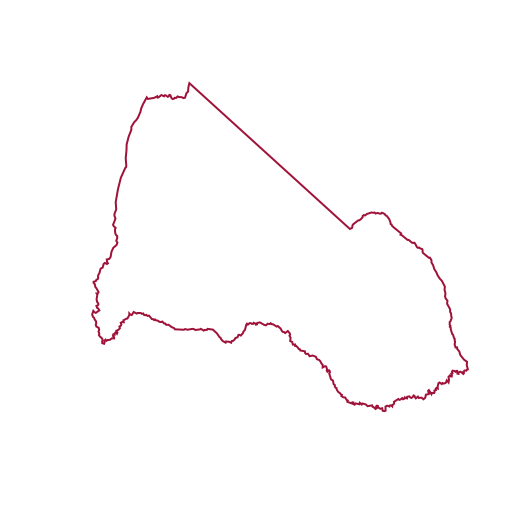 Dom Eliseu, Pará, Brazil, rotated 164°
{"feature_id": "56859067B48921877214716", "entity_name": "Dom Eliseu", "entity_type": "district", "adm_level": 2, "iso_a3": "BRA", "parent_name": "Brazil", "parent_adm1": "Pará", "projection": "equal_earth", "projection_center": [-47.874, -4.201], "detail": "fine", "context": "isolated", "style": "outline", "palette": "rose", "viewbox_px": 512, "rotation_deg": 164, "n_neighbors": 0, "source": "geoboundaries", "source_scale": "gbopen_adm2", "svg_char_len": 5959}
<svg xmlns="http://www.w3.org/2000/svg" viewBox="0 0 512 512"><g transform="rotate(164 256 256)"><path d="M201.0,86.9L197.5,85.0L196.7,86.3L195.3,84.1L194.4,84.9L191.4,83.1L190.1,80.9L185.6,80.4L185.5,78.9L184.6,78.3L183.3,76.0L182.0,76.4L182.1,78.1L181.2,78.8L180.2,78.3L180.3,76.9L178.7,74.9L176.7,74.9L176.9,72.3L175.3,71.5L174.1,71.6L173.0,75.6L171.0,75.9L169.2,74.5L168.3,75.4L167.2,75.2L166.5,73.9L165.9,75.2L164.5,75.6L163.7,76.5L163.6,77.8L158.6,79.3L157.9,78.2L156.8,78.2L154.6,79.1L154.2,77.8L153.2,77.8L151.9,79.1L151.2,78.0L150.1,77.5L149.5,79.0L147.3,78.8L146.7,77.5L145.8,76.7L144.3,77.2L143.0,78.5L142.2,77.7L142.1,76.3L141.6,75.1L139.1,76.2L138.7,74.7L135.9,74.2L134.5,72.1L132.4,73.1L130.9,75.9L128.2,75.6L127.3,76.1L127.8,77.5L127.7,78.9L126.8,79.4L125.4,74.8L124.6,75.9L122.5,75.2L121.8,76.1L121.6,77.5L120.0,77.5L119.8,79.0L118.9,79.4L117.8,78.4L117.4,80.4L115.6,83.5L114.4,83.8L112.7,81.7L111.7,82.5L110.7,81.6L109.5,81.6L108.4,81.9L106.9,83.9L105.8,81.4L104.6,83.8L104.3,86.7L102.6,87.7L102.1,86.6L101.1,86.2L100.5,87.5L100.7,89.1L99.4,89.3L99.5,90.8L98.6,91.6L97.2,90.9L96.1,89.7L95.2,90.4L94.3,90.1L94.8,87.4L93.9,86.9L93.7,88.2L91.6,88.5L90.7,87.7L89.2,85.5L88.3,86.2L88.5,87.6L86.9,88.4L85.5,87.8L84.7,88.6L83.6,88.6L83.5,93.0L82.3,96.1L84.6,99.0L86.9,104.4L86.9,108.1L88.2,111.3L87.9,112.7L89.4,113.1L89.4,116.3L88.3,118.6L88.3,120.2L87.8,121.5L88.3,122.7L88.3,126.0L88.9,127.0L89.0,131.7L88.6,133.4L89.2,134.5L88.3,135.2L88.8,136.5L88.0,139.1L87.1,139.6L84.9,142.6L84.9,144.4L84.3,147.1L84.8,148.6L84.1,151.5L85.5,157.4L84.3,160.2L85.4,163.0L85.4,165.3L84.6,166.7L84.1,168.5L84.1,171.5L82.9,174.5L84.2,181.0L85.5,183.4L86.8,187.5L87.1,190.5L88.2,194.2L88.3,198.4L89.1,201.2L88.5,203.8L89.3,206.5L90.3,206.6L94.7,213.0L94.7,214.4L94.2,215.6L94.4,216.9L96.3,218.2L96.9,219.2L97.9,219.1L98.8,220.0L99.7,224.4L100.4,225.3L101.4,225.2L102.5,225.9L104.7,229.3L105.9,229.7L110.2,235.9L111.2,236.6L110.3,237.7L115.5,245.2L116.9,247.5L117.0,248.9L117.8,249.6L117.5,251.4L117.8,254.7L119.3,258.6L120.3,259.4L120.6,260.7L122.4,262.5L123.3,262.9L124.1,262.3L125.2,262.5L127.1,263.8L129.4,263.9L130.0,265.1L131.0,265.1L133.1,266.0L137.9,265.8L140.1,264.9L141.1,265.6L142.4,265.1L142.8,263.9L144.7,262.7L146.7,261.8L147.8,262.1L153.8,259.7L154.7,259.0L155.8,256.6L158.3,256.1L272.4,440.5L274.4,437.0L276.0,432.8L278.0,431.7L280.6,427.7L282.3,427.8L283.4,429.0L286.5,430.2L287.4,431.0L289.3,429.9L290.6,430.5L291.6,429.8L292.9,429.9L293.7,431.0L294.0,434.2L294.9,434.7L295.8,433.6L296.9,433.3L298.4,435.2L299.4,435.7L300.4,434.9L302.6,436.8L305.8,435.4L306.9,435.4L306.9,436.8L310.3,436.1L316.7,436.8L317.3,438.6L322.9,432.9L325.9,429.2L327.3,426.5L331.3,421.6L333.7,419.6L336.2,418.2L340.2,414.5L341.1,411.6L345.4,406.0L349.6,398.9L351.4,393.2L354.3,385.9L355.8,378.5L356.5,377.1L357.4,376.7L364.4,368.4L370.2,358.4L376.0,346.5L377.5,339.4L380.4,335.5L381.0,333.8L380.8,330.6L384.8,325.4L384.6,324.0L383.2,321.7L384.1,320.7L384.6,319.0L385.0,316.5L384.7,314.7L383.9,313.4L384.6,311.2L386.1,309.2L385.5,307.2L386.9,305.1L390.9,303.2L393.7,300.0L396.0,295.2L397.8,293.7L400.4,293.8L400.7,291.7L400.4,289.8L401.5,289.4L403.2,291.0L404.7,290.3L406.6,287.1L408.2,286.9L409.1,286.3L411.3,282.6L412.6,281.5L413.4,280.2L413.8,278.2L414.6,277.3L415.9,277.2L417.0,276.0L419.2,276.0L419.5,274.7L418.7,273.3L419.0,270.6L418.3,269.0L417.3,264.7L418.4,263.6L419.5,263.9L419.2,262.5L421.2,258.3L421.4,255.6L420.7,254.0L420.9,252.7L421.9,252.1L423.1,252.1L423.1,250.1L422.1,249.0L421.6,246.9L425.7,245.5L426.8,246.6L427.5,248.1L429.7,244.8L429.4,242.3L428.7,241.2L428.6,239.6L427.8,237.4L428.1,235.4L429.0,234.0L428.9,232.2L427.0,230.3L427.1,228.2L428.2,226.8L428.0,224.5L428.8,223.3L428.4,222.0L426.6,219.0L426.6,217.5L427.4,216.4L427.8,214.6L426.2,213.5L425.4,214.6L425.0,216.3L423.7,217.1L423.1,215.7L421.7,216.1L419.5,215.7L417.3,216.6L415.1,215.9L414.8,217.2L415.6,218.7L414.7,220.0L413.6,219.3L413.2,220.5L411.8,221.4L411.1,219.6L410.3,220.6L410.8,222.6L408.3,223.1L406.8,224.0L406.7,225.9L405.2,226.2L404.3,227.3L404.4,229.1L402.8,229.4L401.4,228.8L401.2,230.7L397.8,231.5L396.9,231.3L394.1,234.1L393.6,235.7L393.0,234.4L391.7,233.5L389.0,235.9L386.5,233.5L385.6,233.9L382.5,233.0L381.6,231.8L380.2,231.8L380.0,230.4L378.9,229.6L377.7,229.7L376.8,228.3L375.3,228.2L373.5,224.1L372.4,223.7L371.6,222.5L370.6,222.9L369.9,221.8L367.9,220.7L367.2,219.5L365.7,218.7L364.1,218.8L362.9,216.4L361.9,216.2L361.3,214.6L359.0,214.0L356.7,211.0L354.6,209.2L354.2,207.9L345.7,205.0L344.3,205.3L342.1,204.0L337.3,203.5L335.9,202.9L334.7,201.6L330.1,200.9L329.1,201.2L326.8,198.7L325.8,199.1L323.6,198.5L322.6,199.3L317.7,197.1L314.9,192.4L313.4,188.0L312.6,187.2L312.5,185.8L311.4,183.4L309.1,181.1L308.4,182.1L305.4,180.9L303.8,179.5L302.8,180.9L301.2,180.8L299.2,181.9L298.4,182.9L296.2,182.9L294.6,185.0L293.7,184.8L292.5,183.7L289.6,185.6L288.9,186.8L287.0,188.0L284.3,192.6L283.3,193.4L282.7,192.3L280.7,193.2L279.5,192.9L278.6,191.8L277.4,191.6L276.6,192.4L275.4,191.4L275.0,190.0L273.9,190.0L273.3,191.3L270.6,191.1L267.0,187.4L265.5,186.6L263.5,187.7L261.5,186.8L260.4,187.3L259.8,186.2L258.5,185.7L255.5,182.4L254.4,182.7L252.3,179.4L251.8,176.8L250.9,175.4L249.8,175.0L249.2,173.9L246.1,175.1L244.9,172.5L244.9,171.0L245.8,170.1L245.3,167.8L246.6,164.8L244.9,163.4L245.0,160.7L242.9,160.2L243.2,158.8L242.2,158.6L240.9,156.2L240.6,154.9L239.6,154.3L239.5,153.0L235.3,150.9L235.5,149.3L235.0,148.1L233.0,147.7L232.1,144.9L228.9,144.7L226.2,142.6L225.9,140.0L224.0,138.7L223.2,137.1L222.6,134.2L221.9,133.2L222.6,130.5L220.0,131.1L219.0,130.4L218.9,127.3L219.6,126.4L219.3,125.1L217.3,126.0L216.8,125.0L217.1,123.6L218.0,122.9L217.9,116.7L216.4,115.1L216.7,111.4L215.8,110.2L216.2,108.9L215.9,107.6L215.0,106.8L215.2,105.3L214.5,102.8L213.0,100.9L212.7,99.7L211.7,98.8L212.5,97.8L211.1,96.2L209.3,95.4L208.6,92.7L207.6,91.8L208.4,90.7L204.5,87.8L203.7,88.8L202.8,88.4L203.1,86.7L202.2,85.9L201.0,86.9Z" fill="none" stroke="#9f1239" stroke-width="2"/></g></svg>